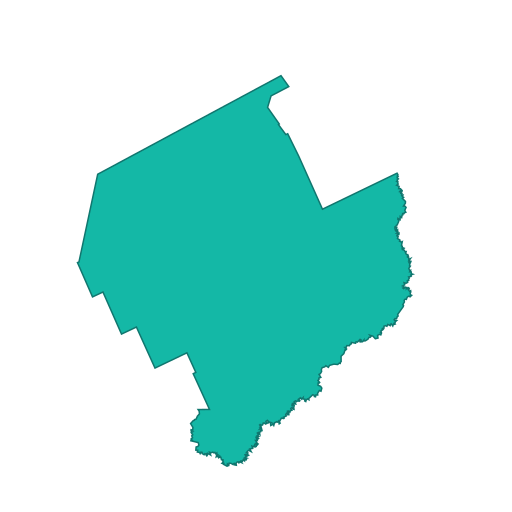 outline of San Cristobal, Santa Fe, Argentina, rotated 54°
{"feature_id": "61730980B50411515207012", "entity_name": "San Cristobal", "entity_type": "district", "adm_level": 2, "iso_a3": "ARG", "parent_name": "Argentina", "parent_adm1": "Santa Fe", "projection": "natural_earth1", "projection_center": [-60.804, -30.162], "detail": "fine", "context": "isolated", "style": "filled", "palette": "teal", "viewbox_px": 512, "rotation_deg": 54, "n_neighbors": 0, "source": "geoboundaries", "source_scale": "gbopen_adm2", "svg_char_len": 6153}
<svg xmlns="http://www.w3.org/2000/svg" viewBox="0 0 512 512"><g transform="rotate(54 256 256)"><path d="M96.8,336.0L156.8,402.8L156.4,404.3L193.0,412.3L195.2,401.0L240.1,410.7L243.2,394.5L287.3,403.6L293.7,368.8L314.8,373.1L314.3,376.0L352.8,383.8L346.2,393.1L348.2,393.2L350.5,394.6L351.1,397.5L352.8,400.4L352.2,401.9L352.7,402.5L352.3,403.6L353.1,407.4L357.6,407.8L359.7,409.6L358.4,410.6L358.8,411.0L360.3,411.6L360.9,410.9L360.8,412.2L363.5,412.3L363.7,413.7L365.8,414.2L365.9,416.0L367.7,415.9L366.9,416.9L367.2,417.3L373.0,412.4L375.4,413.4L375.9,414.9L375.3,416.7L377.7,418.8L378.9,417.3L380.1,418.7L381.8,417.1L383.0,417.3L382.3,415.8L383.2,415.0L384.1,415.7L386.3,414.8L385.9,413.6L386.5,413.4L386.9,411.8L388.1,413.4L388.8,413.3L387.8,410.8L390.3,409.7L387.4,408.9L388.8,408.0L389.3,406.2L390.5,405.8L390.7,404.7L392.3,404.9L392.3,403.5L393.2,404.1L394.7,403.5L394.9,404.6L394.2,405.2L395.1,406.2L395.2,404.7L397.1,404.8L396.3,403.1L396.9,402.8L397.6,403.7L398.3,402.7L400.4,403.7L401.9,401.9L401.3,403.3L403.3,403.4L403.7,405.3L404.9,404.0L405.3,404.8L409.0,403.0L409.2,402.2L408.6,402.5L407.3,401.3L409.1,400.8L407.8,399.5L409.0,398.1L410.9,397.3L410.9,395.5L412.0,395.2L412.3,396.2L413.7,394.9L411.9,394.0L411.6,392.3L412.0,391.4L413.3,391.4L412.9,390.2L414.7,389.1L413.1,389.1L412.9,388.5L414.2,387.7L413.3,386.0L414.8,385.7L413.4,384.8L414.7,384.6L415.2,383.7L414.6,383.0L414.0,384.3L413.6,383.2L414.0,382.3L412.5,383.2L412.3,381.8L410.3,381.7L410.5,380.7L412.6,380.8L412.8,379.1L411.4,379.7L410.6,378.3L409.3,379.1L408.7,376.3L411.4,374.9L408.4,374.5L409.7,371.8L407.5,371.0L408.7,370.4L408.4,368.8L409.5,369.4L410.1,368.7L410.2,367.7L409.2,367.2L409.7,366.2L409.3,364.8L408.2,365.3L408.5,366.5L407.6,367.2L407.3,364.9L404.9,364.8L406.0,363.4L403.7,362.8L405.2,362.2L405.1,361.1L403.1,361.8L403.5,359.7L402.1,360.9L402.0,358.9L400.0,359.0L400.0,357.9L402.2,357.6L400.6,356.8L400.9,355.3L399.7,354.8L400.7,353.7L398.5,352.8L398.1,354.4L397.7,352.9L396.9,353.3L397.0,352.3L394.8,352.4L394.7,351.7L396.4,350.7L396.5,349.8L395.4,348.4L396.2,347.3L397.5,347.1L397.8,345.8L395.6,345.2L395.6,343.4L396.6,343.2L398.0,344.5L398.4,343.9L398.0,342.9L399.7,341.6L399.9,342.6L401.8,343.7L402.1,341.9L401.6,341.0L403.5,341.2L401.7,338.9L402.3,337.8L402.0,336.9L403.1,336.2L402.8,334.7L405.4,335.9L405.4,334.7L403.9,334.6L402.1,330.8L403.8,329.1L403.7,328.5L402.6,328.5L403.2,325.6L401.7,325.2L401.1,323.4L401.6,322.9L402.9,323.8L403.7,322.7L402.5,321.9L400.1,321.8L400.3,321.0L402.2,320.3L401.3,319.1L401.9,317.7L399.8,317.5L399.6,315.8L401.6,316.0L402.4,315.4L400.7,314.5L399.5,313.0L398.4,313.2L398.4,314.6L397.9,314.7L396.7,313.2L399.1,310.9L398.0,310.6L397.0,311.3L396.2,310.7L396.5,309.1L398.3,309.0L397.4,308.9L397.6,307.8L399.0,306.1L398.7,305.5L396.8,306.0L396.8,303.9L397.2,304.2L397.8,302.9L398.6,303.1L398.3,301.3L399.1,302.2L400.7,300.6L401.9,301.8L403.0,301.3L402.1,300.2L401.8,298.4L403.4,297.7L402.3,297.1L401.6,291.6L402.9,290.8L404.0,291.4L404.9,290.6L403.6,289.2L404.7,287.8L403.2,286.8L402.1,283.8L403.6,282.9L401.6,280.4L399.4,280.3L397.0,281.8L395.3,280.4L395.9,279.7L395.7,278.8L393.1,279.1L392.9,277.6L391.7,277.0L392.3,274.9L388.8,274.6L389.0,273.1L388.0,270.8L386.3,269.9L385.2,268.1L386.1,265.6L385.8,264.0L388.6,262.9L387.7,260.8L389.3,256.5L391.8,253.7L391.6,251.8L392.4,251.0L391.6,250.4L391.5,249.2L387.1,246.1L386.6,242.3L384.2,239.0L384.8,238.7L384.5,237.4L382.3,237.8L382.9,236.8L381.9,235.2L383.5,233.1L382.8,231.8L383.1,230.6L382.0,229.6L385.1,226.7L384.2,225.4L385.3,224.5L384.6,220.8L385.9,220.3L386.5,221.2L386.0,222.1L386.7,222.3L388.0,220.2L387.4,218.1L388.1,218.7L388.9,217.4L389.1,214.3L388.2,212.4L388.9,211.4L388.7,210.3L387.1,210.4L389.6,208.5L393.1,208.1L394.1,205.5L391.7,204.3L391.9,202.3L393.2,201.4L392.2,199.9L391.2,200.2L391.3,199.4L390.1,199.1L390.2,196.5L389.3,196.9L388.9,196.3L389.6,194.9L388.0,193.7L388.5,192.2L389.8,191.4L388.8,189.6L391.2,188.4L390.3,187.5L390.3,186.5L393.0,186.5L392.2,185.4L392.8,183.6L391.6,183.9L391.9,182.8L391.1,182.1L390.9,180.2L389.5,181.8L388.7,181.7L388.3,180.3L389.2,179.5L389.0,178.5L388.1,177.5L388.1,176.3L386.5,175.7L383.5,166.6L382.7,165.7L381.7,165.9L380.4,162.9L378.9,162.2L378.6,160.7L379.5,159.9L378.2,157.9L378.2,156.4L378.5,155.6L379.6,155.4L379.3,153.2L378.3,153.8L376.6,153.1L376.1,151.9L375.0,151.3L374.8,152.5L373.0,152.6L372.7,151.3L371.7,151.1L371.1,151.4L371.7,152.4L370.5,152.5L370.8,153.6L369.8,152.9L369.1,153.3L369.2,155.8L368.2,156.0L368.4,155.0L367.6,154.3L366.4,155.0L366.7,152.6L364.6,151.9L366.2,150.7L366.5,148.8L365.0,148.2L365.5,146.8L364.6,146.4L364.0,145.0L362.6,144.8L363.6,142.7L363.5,142.1L362.3,141.9L362.9,139.9L361.8,140.7L359.9,139.8L359.1,140.9L358.4,139.3L357.8,140.1L355.9,139.7L354.9,137.1L354.2,137.6L352.9,136.3L351.0,136.0L350.9,135.2L352.1,134.9L351.4,133.8L349.8,135.3L348.9,132.7L348.6,134.4L347.2,133.5L345.9,134.1L345.4,133.7L345.8,132.9L344.1,132.4L343.3,133.3L341.8,133.3L340.7,132.0L340.3,132.9L338.6,132.6L336.8,133.8L335.9,133.4L336.9,132.3L336.8,131.6L335.1,132.7L334.1,131.9L333.3,132.4L330.5,129.4L330.5,130.4L329.3,130.3L328.5,131.2L327.6,130.2L325.0,131.3L323.8,129.6L321.9,130.4L322.7,129.4L321.2,128.6L322.3,128.7L322.6,127.8L321.6,126.9L321.3,128.0L320.7,127.7L320.2,128.6L320.0,127.1L318.6,127.8L318.8,126.6L318.1,126.1L318.1,128.0L317.5,128.2L316.5,127.9L316.9,126.9L315.7,125.4L314.9,127.2L314.1,126.4L314.6,125.8L313.7,124.5L313.9,123.6L312.0,120.4L311.1,119.3L309.9,119.8L309.0,119.1L311.3,118.1L308.8,116.1L310.5,115.6L308.8,113.8L309.0,112.9L307.9,112.4L308.7,111.3L308.2,110.6L308.7,109.1L306.5,108.8L304.9,106.0L303.2,106.2L302.3,107.3L301.1,104.1L299.7,103.0L295.4,103.7L295.3,102.1L293.8,102.7L293.1,101.3L292.4,102.4L291.3,101.2L290.4,102.1L289.4,101.2L288.4,102.0L288.1,100.8L290.4,100.3L289.7,100.3L289.0,99.3L286.4,99.6L285.3,101.0L283.8,99.3L281.4,100.6L281.4,98.7L280.1,98.5L279.5,97.6L278.3,98.3L278.2,97.3L277.3,96.9L277.3,95.5L275.7,95.9L275.1,94.2L274.3,94.7L273.7,93.4L271.9,93.2L257.2,174.7L200.1,162.7L175.7,158.5L175.3,160.5L162.9,160.6L162.9,159.6L142.6,159.3L135.3,149.7L138.2,129.9L124.8,129.8L96.8,336.0Z" fill="#14b8a6" stroke="#0f766e" stroke-width="1.5"/></g></svg>